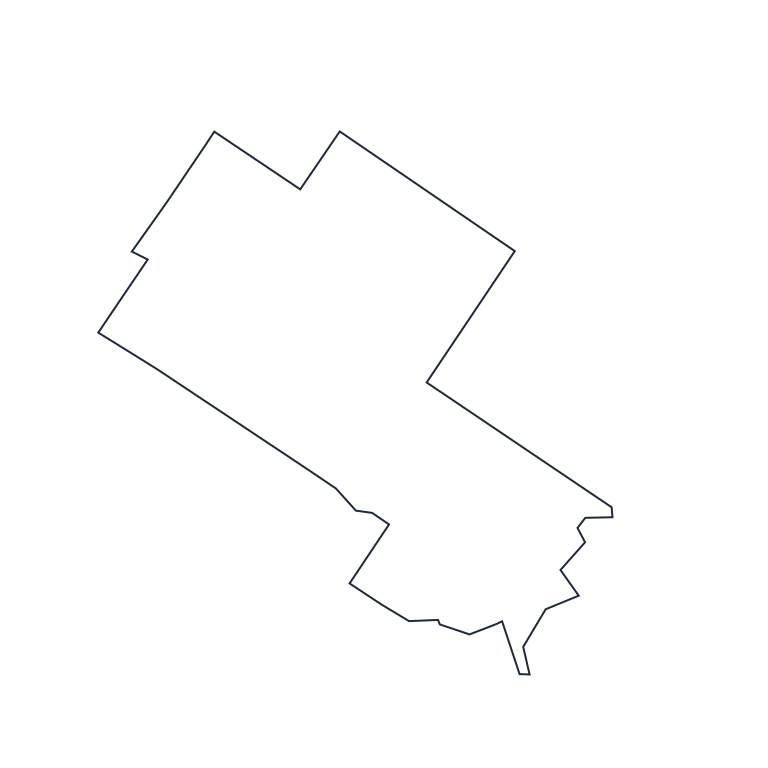 the district of Clay, Mississippi, United States of America, rotated 34°
{"feature_id": "52423323B83760027582767", "entity_name": "Clay", "entity_type": "district", "adm_level": 2, "iso_a3": "USA", "parent_name": "United States of America", "parent_adm1": "Mississippi", "projection": "mercator", "projection_center": [-88.697, 33.659], "detail": "fine", "context": "isolated", "style": "outline", "palette": "slate", "viewbox_px": 768, "rotation_deg": 34, "n_neighbors": 0, "source": "geoboundaries", "source_scale": "gbopen_adm2", "svg_char_len": 609}
<svg xmlns="http://www.w3.org/2000/svg" viewBox="0 0 768 768"><g transform="rotate(34 384 384)"><path d="M467.0,568.6L506.2,568.2L537.3,566.6L560.7,549.4L564.8,552.1L594.9,543.8L611.5,520.0L614.6,514.7L658.6,548.7L667.1,543.4L646.4,524.1L644.0,480.3L663.8,450.6L634.3,439.5L639.2,402.8L624.9,395.1L625.7,382.4L647.9,366.7L641.7,358.9L418.5,358.9L418.1,200.7L206.1,199.4L205.7,269.5L102.2,269.7L102.4,287.5L102.3,355.0L100.9,415.2L118.5,413.0L118.4,464.0L118.4,501.2L187.4,498.6L367.3,497.5L402.5,497.5L431.5,504.7L446.2,497.5L466.7,497.6L467.0,568.6Z" fill="none" stroke="#1e293b" stroke-width="2"/></g></svg>